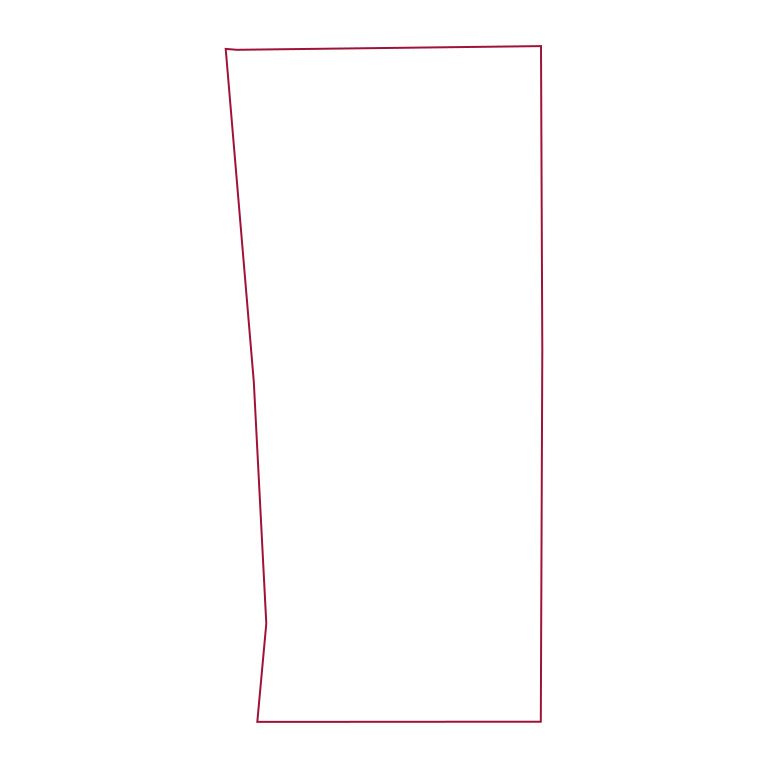 Nouakchott, Natural Earth projection
{"feature_id": "MRT-2787", "entity_name": "Nouakchott", "entity_type": "District", "adm_level": 1, "iso_a3": "MRT", "parent_name": "Mauritania", "parent_adm1": "", "projection": "natural_earth1", "projection_center": [-15.953, 18.14], "detail": "fine", "context": "isolated", "style": "outline", "palette": "rose", "viewbox_px": 768, "rotation_deg": 0, "n_neighbors": 0, "source": "natural_earth", "source_scale": "10m", "svg_char_len": 232}
<svg xmlns="http://www.w3.org/2000/svg" viewBox="0 0 768 768"><path d="M257.3,721.9L266.3,623.6L253.8,381.8L225.7,48.9L236.9,49.8L541.0,46.1L542.3,350.6L540.8,721.7L257.3,721.9Z" fill="none" stroke="#9f1239" stroke-width="2"/></svg>